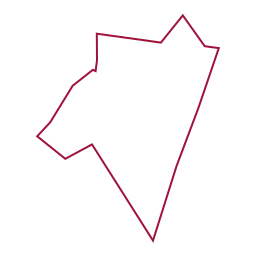 SVG path tracing the border of Ngeremlengui
{"feature_id": "PLW-5256", "entity_name": "Ngeremlengui", "entity_type": "state/province", "adm_level": 1, "iso_a3": "PLW", "parent_name": "Palau", "parent_adm1": "", "projection": "natural_earth1", "projection_center": [134.562, 7.532], "detail": "fine", "context": "isolated", "style": "outline", "palette": "rose", "viewbox_px": 256, "rotation_deg": 0, "n_neighbors": 0, "source": "natural_earth", "source_scale": "10m", "svg_char_len": 312}
<svg xmlns="http://www.w3.org/2000/svg" viewBox="0 0 256 256"><path d="M65.3,158.8L37.2,136.3L50.2,122.3L72.7,85.7L92.9,69.8L95.6,71.1L97.0,60.3L96.8,33.7L160.9,42.6L182.8,15.4L204.7,46.2L218.8,48.1L198.4,108.0L176.5,166.2L153.0,240.6L92.0,144.4L65.3,158.8Z" fill="none" stroke="#9f1239" stroke-width="2"/></svg>